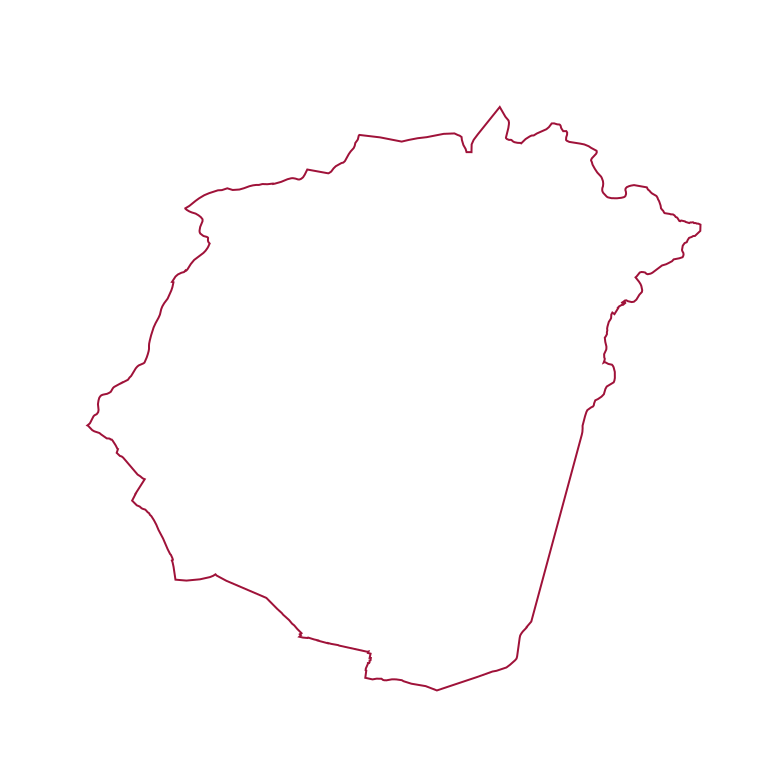 Galapa, Atlántico, Colombia (Robinson projection), rotated 190°
{"feature_id": "7082276B48939635057029", "entity_name": "Galapa", "entity_type": "district", "adm_level": 2, "iso_a3": "COL", "parent_name": "Colombia", "parent_adm1": "Atlántico", "projection": "robinson", "projection_center": [-74.884, 10.897], "detail": "fine", "context": "isolated", "style": "outline", "palette": "rose", "viewbox_px": 768, "rotation_deg": 190, "n_neighbors": 0, "source": "geoboundaries", "source_scale": "gbopen_adm2", "svg_char_len": 6149}
<svg xmlns="http://www.w3.org/2000/svg" viewBox="0 0 768 768"><g transform="rotate(190 384 384)"><path d="M227.2,119.7L223.4,121.1L214.2,126.1L211.2,129.3L206.9,134.7L205.8,136.6L205.6,138.8L206.3,157.6L206.2,160.0L205.4,162.2L204.3,164.4L202.0,167.8L201.2,169.1L201.4,169.3L197.7,175.6L180.4,368.4L180.3,371.2L180.7,374.8L181.2,377.4L180.4,387.3L179.8,391.6L179.2,393.6L176.0,396.9L174.2,398.2L173.7,399.5L173.7,401.4L173.1,404.6L170.7,406.3L167.6,409.3L165.7,412.1L165.1,417.6L164.2,420.2L158.1,425.5L157.7,427.4L157.7,430.0L158.8,436.0L160.8,440.4L161.9,441.8L162.9,442.6L166.5,442.7L169.8,443.8L170.6,443.8L171.4,443.2L170.9,446.0L171.0,447.3L171.7,448.4L172.4,451.6L171.1,456.5L171.2,457.9L171.5,459.6L173.4,463.9L174.6,468.0L173.9,469.3L173.1,471.8L173.5,473.7L173.4,475.6L173.9,477.4L173.9,479.3L173.4,484.2L172.2,487.0L171.8,488.4L172.2,491.9L171.5,494.0L169.2,492.8L166.5,499.5L166.9,499.7L166.1,501.1L163.7,503.1L162.3,503.5L160.5,505.7L161.4,507.0L162.0,506.2L163.5,505.3L163.7,505.5L162.4,506.7L161.3,508.0L159.9,508.5L158.2,507.9L154.3,507.7L152.2,508.4L150.1,510.9L148.0,516.3L146.0,519.4L146.0,521.2L147.6,525.2L148.7,526.9L150.6,529.0L154.8,532.7L153.9,533.8L151.5,538.2L149.9,539.0L147.9,539.2L146.1,539.1L144.7,538.1L143.3,537.9L140.6,539.0L139.0,540.2L130.8,549.0L127.0,550.9L124.8,552.5L121.6,555.0L120.4,557.0L115.0,559.1L112.0,560.7L111.5,562.3L111.5,563.7L112.0,565.1L113.1,566.4L113.8,567.7L113.8,572.1L112.4,575.0L110.5,576.2L109.9,578.6L108.9,580.9L106.6,582.2L105.2,583.4L103.5,583.8L99.1,589.7L100.0,595.9L102.3,596.5L103.9,596.3L104.9,596.6L106.7,596.3L107.3,596.8L107.9,596.9L109.0,596.5L110.4,596.3L111.3,595.5L115.2,596.0L115.8,596.4L119.6,596.6L120.1,596.4L120.4,595.8L121.4,595.8L123.9,598.5L124.5,598.9L125.7,599.1L127.2,600.5L128.9,601.2L131.1,600.9L132.0,601.1L137.2,601.0L137.8,601.3L139.2,603.1L140.1,603.7L141.7,605.1L142.6,607.8L144.8,611.8L146.2,613.5L147.1,615.1L148.4,616.5L153.1,618.2L154.7,619.2L156.1,620.4L157.9,621.4L159.3,623.3L172.3,623.3L175.1,622.3L177.0,621.4L179.1,620.0L180.0,618.5L180.0,617.0L179.1,615.2L178.6,613.2L178.9,611.1L179.5,610.2L180.3,609.6L182.6,608.6L187.0,607.3L192.3,606.5L195.9,606.7L197.2,607.2L201.3,610.3L202.3,611.6L202.8,612.9L203.0,614.8L202.7,616.8L202.9,619.4L203.6,621.8L205.2,624.6L206.2,625.9L210.7,629.3L213.8,632.6L216.7,636.2L217.9,638.7L218.9,640.1L218.9,641.0L218.4,642.5L215.0,647.7L214.7,649.3L215.2,650.6L221.0,652.5L223.7,653.7L228.3,654.7L232.5,654.8L243.6,654.6L246.2,655.3L247.1,656.0L247.4,658.6L247.0,661.3L247.3,663.5L248.4,664.7L251.4,664.1L253.6,666.4L254.2,667.3L254.8,668.8L255.6,669.7L256.2,670.0L258.6,669.8L261.8,670.2L264.1,669.7L266.2,665.6L268.3,663.1L276.9,657.3L279.7,654.8L281.8,654.3L283.5,653.1L287.1,649.8L290.7,644.8L291.4,645.1L294.4,644.7L297.6,644.8L299.1,645.3L300.8,646.4L301.5,646.5L303.2,646.1L305.5,646.6L306.5,647.3L306.7,647.7L306.0,657.6L306.1,661.4L306.3,663.1L307.1,665.1L310.9,668.3L318.1,676.9L334.9,646.3L338.1,640.0L339.3,635.2L338.1,627.5L343.0,626.7L344.4,629.6L347.3,633.1L349.7,637.9L350.5,640.7L352.6,641.7L354.5,642.0L358.1,643.0L368.7,640.7L384.8,634.5L393.5,631.9L401.9,628.7L408.7,625.8L430.7,626.2L451.5,625.0L452.0,624.1L452.2,620.5L452.5,619.6L454.1,616.4L454.2,613.5L454.8,611.1L457.2,607.3L458.6,604.3L461.2,596.7L462.5,595.0L464.3,594.2L469.3,590.1L471.1,587.6L472.9,584.0L474.8,582.2L475.4,581.8L476.9,581.8L496.8,581.9L498.4,576.4L499.6,573.5L501.2,571.7L502.6,570.8L504.0,570.5L506.8,570.9L509.5,570.9L511.1,570.5L514.6,568.9L520.4,565.2L526.2,562.4L528.0,561.7L528.2,562.1L533.5,560.5L538.5,559.8L541.8,558.3L544.6,557.8L547.5,556.9L550.9,555.4L555.9,552.5L560.2,550.4L566.7,548.8L572.3,549.5L577.3,546.8L581.2,545.9L589.3,541.6L593.8,538.7L598.3,534.8L601.4,531.6L606.7,525.5L610.2,522.5L610.0,522.1L608.4,521.2L605.8,520.2L603.2,519.6L599.1,519.1L595.9,517.9L593.3,516.5L591.4,514.8L591.2,514.3L591.0,512.7L592.3,506.8L592.3,503.1L592.0,501.7L591.1,500.3L588.3,498.8L587.4,498.4L584.0,498.1L582.8,497.6L582.6,497.2L582.4,495.1L582.0,494.0L581.3,493.0L580.1,492.1L580.9,488.8L581.5,487.1L582.9,484.2L584.6,481.7L592.5,473.2L595.1,468.6L597.4,462.9L598.3,461.5L598.8,461.0L599.2,461.4L600.4,459.5L602.8,458.4L606.0,456.1L608.0,453.6L610.4,447.9L610.5,447.7L609.0,447.6L609.2,442.6L609.7,439.2L611.9,430.5L614.5,425.4L615.8,421.9L616.4,418.9L616.7,413.5L617.5,410.2L619.5,404.3L620.7,399.7L621.8,391.6L622.2,386.2L622.3,383.0L622.1,381.0L621.5,377.7L621.5,375.4L621.8,372.2L622.3,368.9L623.6,363.5L624.4,362.6L628.8,359.7L630.0,358.3L631.2,356.3L634.4,348.0L635.7,346.2L636.9,343.7L642.6,339.4L642.6,339.6L649.2,334.3L650.0,333.3L650.5,332.2L651.7,328.9L653.1,327.6L654.9,326.3L658.9,324.7L660.4,323.8L661.3,322.6L662.0,321.0L662.3,318.2L662.2,314.5L660.6,308.9L660.6,306.6L661.7,304.4L663.7,302.9L664.5,301.7L666.7,294.5L667.1,293.8L668.9,291.7L668.2,291.5L663.3,287.9L661.1,287.1L655.7,286.3L654.0,285.3L647.6,282.3L645.0,282.6L644.1,282.3L643.7,281.9L642.5,282.0L641.3,281.0L637.6,277.0L635.2,273.8L634.7,273.7L635.3,269.8L631.6,267.3L629.8,267.1L628.1,266.2L610.9,252.0L608.0,250.8L605.3,249.2L603.1,248.7L609.6,233.0L609.4,233.0L611.8,225.4L606.4,221.6L603.3,220.9L601.1,219.5L599.5,219.1L597.5,218.9L596.5,218.3L594.5,216.7L592.8,215.9L591.9,214.6L590.2,213.5L586.9,209.9L583.8,205.9L580.7,201.1L574.7,193.4L568.4,183.8L565.1,179.4L564.2,178.8L562.0,175.5L561.4,174.2L562.3,173.4L561.3,171.8L559.5,167.4L555.4,155.1L544.4,156.1L531.3,159.7L521.9,163.6L519.0,165.4L516.9,167.3L515.6,166.3L505.0,162.8L462.7,152.9L450.0,143.9L444.9,140.7L443.3,139.3L436.4,135.0L432.9,132.0L430.5,130.7L426.9,127.7L422.0,124.3L423.4,123.0L422.2,122.2L423.5,120.4L419.8,120.2L415.0,120.6L414.7,121.1L408.5,120.3L404.5,120.1L404.6,119.8L394.1,118.9L394.1,119.2L390.9,118.9L383.8,118.9L382.8,118.6L354.0,117.4L352.8,117.9L353.1,116.3L350.4,116.1L350.6,111.7L349.4,111.9L349.3,109.6L350.2,109.2L349.9,107.4L350.2,106.6L351.4,106.4L351.3,105.5L352.5,100.6L352.4,98.9L351.7,98.7L351.4,91.4L344.0,91.1L340.2,92.5L335.3,93.3L333.6,92.4L332.4,92.3L330.2,92.6L325.0,94.5L320.9,95.2L315.0,95.4L313.2,94.7L305.0,93.6L290.5,93.7L278.7,91.4L241.6,111.5L227.2,119.7Z" fill="none" stroke="#9f1239" stroke-width="2"/></g></svg>